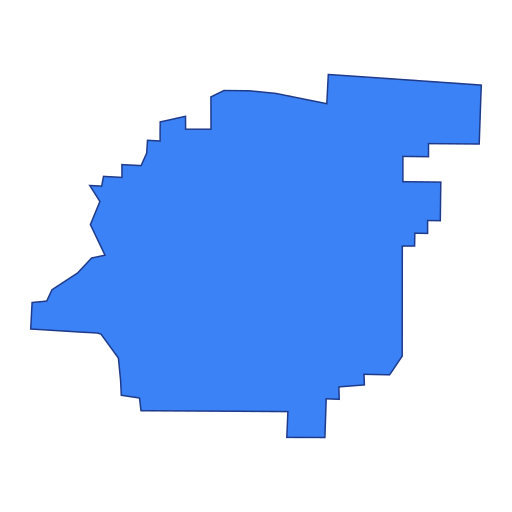 outline of Calhoun, Alabama, United States of America
{"feature_id": "52423323B11453074056273", "entity_name": "Calhoun", "entity_type": "district", "adm_level": 2, "iso_a3": "USA", "parent_name": "United States of America", "parent_adm1": "Alabama", "projection": "orthographic", "projection_center": [-85.86, 33.762], "detail": "fine", "context": "isolated", "style": "filled", "palette": "blue", "viewbox_px": 512, "rotation_deg": 0, "n_neighbors": 0, "source": "geoboundaries", "source_scale": "gbopen_adm2", "svg_char_len": 880}
<svg xmlns="http://www.w3.org/2000/svg" viewBox="0 0 512 512"><path d="M89.8,185.5L99.9,201.5L90.4,224.6L105.0,255.2L91.6,258.0L77.7,272.9L52.0,289.7L46.7,301.1L32.1,302.5L30.7,329.0L79.0,332.0L97.2,333.0L101.0,334.1L118.4,358.1L120.6,380.4L121.3,395.3L139.5,398.0L141.0,410.7L228.5,411.2L287.9,411.6L286.8,437.4L324.9,437.5L326.2,398.8L339.2,399.3L338.9,386.9L364.4,384.9L364.0,374.3L389.6,374.8L402.2,356.1L402.3,246.1L414.6,246.0L414.8,233.2L427.6,233.4L427.6,220.5L440.3,220.7L440.8,182.1L402.9,181.7L402.9,156.4L428.5,156.7L428.5,143.6L479.2,144.0L480.8,98.0L481.3,85.1L347.9,75.8L328.3,74.5L326.8,103.7L275.7,93.4L249.8,90.8L224.0,90.5L210.9,96.9L211.0,129.2L185.6,129.2L185.5,116.3L160.2,121.9L160.1,131.8L160.1,141.0L147.5,140.3L146.7,153.1L141.1,165.6L121.9,164.6L122.0,177.4L103.5,176.4L101.7,186.1L89.8,185.5Z" fill="#3b82f6" stroke="#1e3a8a" stroke-width="1.5"/></svg>